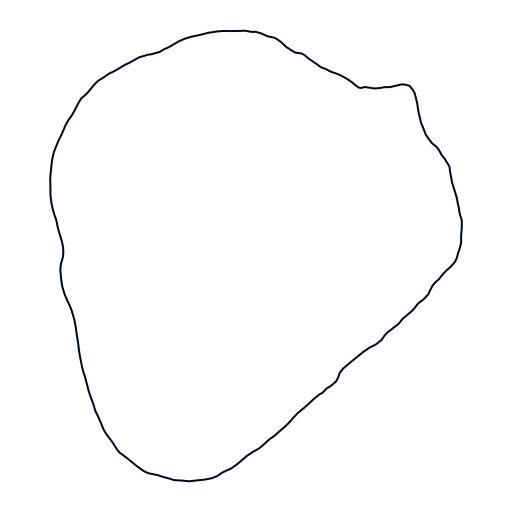 Kolhumadulu, Maldives
{"feature_id": "70690204B68081100071984", "entity_name": "Kolhumadulu", "entity_type": "district", "adm_level": 2, "iso_a3": "MDV", "parent_name": "Maldives", "parent_adm1": "", "projection": "equal_earth", "projection_center": [73.121, 2.361], "detail": "fine", "context": "isolated", "style": "outline", "palette": "ink", "viewbox_px": 512, "rotation_deg": 0, "n_neighbors": 0, "source": "geoboundaries", "source_scale": "gbopen_adm2", "svg_char_len": 3347}
<svg xmlns="http://www.w3.org/2000/svg" viewBox="0 0 512 512"><path d="M189.3,481.3L196.7,480.4L204.2,479.7L212.0,478.2L217.8,475.7L222.0,472.7L231.6,468.2L236.8,464.5L241.8,460.3L247.0,455.8L252.9,451.9L259.4,448.2L264.6,443.7L269.0,439.6L274.5,435.8L279.3,431.4L284.8,426.8L289.2,422.5L292.9,418.2L297.8,413.0L303.8,408.1L309.3,403.2L313.9,398.9L319.4,394.4L322.5,392.8L326.6,388.5L329.1,387.0L331.7,385.2L336.1,381.4L338.4,376.9L339.8,372.7L343.2,368.5L347.2,365.1L351.6,361.4L355.8,358.0L359.4,355.1L362.9,352.2L366.5,349.7L369.8,347.5L372.7,346.1L374.6,345.1L376.2,344.2L381.6,339.9L384.5,335.6L387.1,332.7L391.2,329.7L393.6,327.6L396.9,325.3L399.7,322.6L401.3,320.4L402.8,318.6L404.8,317.0L406.2,315.8L409.9,312.7L412.7,310.2L414.9,307.6L416.6,305.4L417.8,303.8L420.6,301.5L422.5,300.3L424.1,298.8L425.5,297.3L427.0,295.6L428.0,294.7L429.7,291.3L430.9,288.8L432.8,285.2L435.7,281.9L438.7,279.5L441.3,276.1L443.4,273.6L446.5,270.4L449.0,268.3L451.3,266.1L453.2,263.9L455.0,261.8L455.9,260.0L457.1,256.8L458.1,253.2L459.6,248.7L460.5,245.2L461.2,242.1L461.1,235.2L461.6,230.2L461.8,225.9L461.8,220.3L460.7,216.9L459.2,211.3L459.2,209.5L457.7,202.9L456.7,197.6L455.1,192.2L453.6,187.5L452.0,182.3L451.2,177.5L450.1,172.0L449.5,166.6L447.2,163.0L444.6,158.6L442.0,155.5L438.7,149.7L436.3,146.7L432.1,143.3L428.8,139.1L425.7,134.4L423.4,128.5L421.0,122.7L419.9,117.6L418.6,112.7L418.0,108.9L417.3,103.9L416.0,98.3L414.6,93.1L412.7,89.7L409.5,85.8L406.0,84.8L402.3,84.3L397.3,85.4L393.9,86.2L390.1,87.1L384.7,87.1L380.2,88.0L374.4,88.5L368.6,87.6L364.8,87.0L361.2,88.0L358.5,87.5L354.7,84.6L351.9,82.2L348.2,79.7L344.1,77.2L339.4,74.8L335.4,73.2L331.0,71.8L325.7,69.0L320.9,67.2L317.9,65.0L314.5,62.6L308.5,58.5L304.6,55.1L301.5,53.5L294.9,52.5L290.0,49.4L286.1,46.8L281.0,42.0L276.3,38.7L273.6,37.5L268.0,36.4L263.7,34.6L261.0,33.3L255.6,31.8L251.3,31.9L245.0,30.7L240.8,30.9L230.1,31.1L226.7,31.0L222.4,31.0L216.5,31.5L212.0,32.3L208.6,32.7L203.7,34.0L196.5,35.7L191.3,36.7L184.1,39.0L178.7,41.4L174.1,44.1L170.4,46.3L167.5,47.8L164.2,49.2L159.5,52.0L155.0,53.2L151.3,54.3L147.8,54.7L144.2,55.9L138.9,57.4L134.6,59.9L129.3,62.8L124.9,64.9L120.7,67.4L117.1,69.6L113.0,71.8L109.0,73.7L105.1,76.4L100.5,79.4L98.0,80.9L94.0,84.9L91.6,87.8L88.2,92.1L85.2,95.1L81.3,98.3L78.8,102.3L76.5,106.8L74.7,110.2L72.2,114.8L68.6,119.8L65.9,124.5L63.7,129.6L61.5,134.6L58.5,140.7L56.3,146.0L53.9,152.0L52.3,158.9L51.6,163.8L51.1,169.1L50.5,174.6L50.2,178.7L50.3,183.0L50.4,188.4L50.4,192.9L50.7,197.5L51.1,200.7L51.6,203.9L53.0,210.0L54.5,215.2L56.2,219.8L57.2,224.5L57.8,227.8L59.7,234.1L61.3,239.5L62.1,242.4L63.2,247.8L63.3,253.3L62.9,257.1L62.0,260.3L61.0,263.6L60.6,266.9L60.3,269.9L61.1,278.4L61.8,283.9L62.4,286.9L64.6,294.3L66.3,298.1L67.1,300.3L69.2,304.5L71.3,309.4L72.8,314.4L74.4,319.9L75.9,328.0L76.7,334.5L77.5,338.9L78.3,344.5L79.0,350.5L80.0,356.6L81.0,361.6L82.1,367.3L83.6,372.7L85.0,376.8L86.1,381.1L87.2,385.2L88.5,390.4L90.2,395.6L91.7,399.6L92.9,402.9L93.8,405.6L95.3,410.8L97.3,414.8L99.5,419.7L101.5,424.4L103.5,429.4L106.3,434.1L109.7,438.5L112.8,442.8L114.6,445.7L117.2,449.7L119.6,452.6L123.6,455.5L126.0,457.3L128.4,459.2L132.0,462.2L136.2,465.6L141.7,469.6L144.5,471.5L148.4,473.2L154.5,474.5L157.9,475.2L160.5,476.1L163.7,477.1L170.5,478.9L174.0,480.1L182.3,480.6L189.3,481.3Z" fill="none" stroke="#020617" stroke-width="2"/></svg>